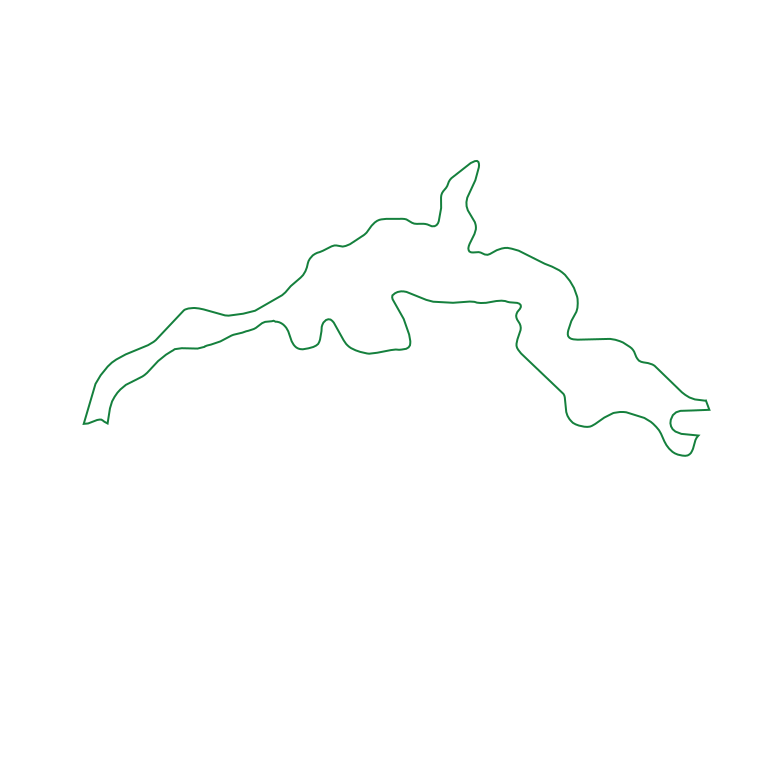 outline of Aswan, rotated 249°
{"feature_id": "EGY-1548", "entity_name": "Aswan", "entity_type": "Governorate", "adm_level": 1, "iso_a3": "EGY", "parent_name": "Egypt", "parent_adm1": "", "projection": "albers", "projection_center": [32.505, 23.633], "detail": "fine", "context": "isolated", "style": "outline", "palette": "green", "viewbox_px": 768, "rotation_deg": 249, "n_neighbors": 0, "source": "natural_earth", "source_scale": "10m", "svg_char_len": 4304}
<svg xmlns="http://www.w3.org/2000/svg" viewBox="0 0 768 768"><g transform="rotate(249 384 384)"><path d="M253.2,678.6L243.3,678.5L248.7,662.6L252.7,651.1L252.9,646.6L251.4,642.5L247.8,638.9L244.7,637.3L241.5,636.8L238.3,637.3L235.2,639.0L230.9,643.7L223.2,659.1L222.9,658.5L221.7,656.5L220.1,654.7L212.8,649.3L211.1,647.6L209.6,645.8L208.8,643.9L208.5,641.9L209.0,639.5L210.3,636.8L212.8,633.0L215.0,630.7L217.3,629.0L221.5,627.0L225.6,625.8L229.8,625.2L238.3,624.8L242.2,624.2L246.3,622.8L250.4,621.0L253.1,619.5L259.0,614.9L270.8,600.0L272.2,597.2L273.3,594.3L274.6,588.5L274.7,587.4L273.7,577.6L271.0,566.9L270.4,563.0L270.4,561.1L271.1,558.4L272.4,555.6L275.4,551.0L277.7,548.4L280.1,546.4L282.4,545.4L284.6,544.6L286.7,544.2L288.7,543.9L292.5,544.1L306.8,548.0L308.6,548.2L310.4,548.0L363.4,522.9L368.0,521.5L370.2,521.2L372.2,521.4L374.2,522.2L377.9,524.6L385.4,530.8L387.4,531.8L389.6,532.3L391.8,532.3L396.4,531.4L398.4,531.4L400.3,531.8L402.0,532.9L403.5,534.4L405.5,537.9L406.9,539.4L408.6,539.9L410.4,539.2L412.0,537.4L415.3,530.5L416.5,528.7L418.0,526.9L419.7,523.5L421.2,518.6L423.2,508.4L424.9,503.4L426.6,500.0L428.2,498.0L428.7,497.0L430.2,493.7L435.1,477.5L443.2,459.4L447.4,453.6L461.9,438.0L463.4,435.5L464.4,433.1L465.0,429.7L464.8,426.9L463.7,423.6L462.0,422.7L460.0,422.4L437.7,425.7L421.2,425.2L414.5,423.9L412.6,423.1L410.8,422.1L409.4,420.1L408.9,417.4L409.8,412.9L410.5,410.4L412.0,407.3L413.2,402.5L415.6,388.9L417.6,381.0L418.6,379.1L422.5,373.3L425.6,369.6L429.3,366.1L431.2,364.8L433.1,363.8L435.0,363.0L439.2,362.0L459.4,359.1L461.5,358.3L463.3,357.2L464.4,355.2L464.5,352.8L463.1,349.5L461.4,347.7L459.6,346.3L455.8,344.6L448.4,340.2L446.6,338.7L445.0,336.9L444.2,334.4L443.9,331.3L444.4,326.2L445.5,320.6L446.6,318.3L447.1,317.6L447.9,316.6L449.4,315.3L451.1,314.4L453.1,313.7L457.0,313.1L467.5,313.5L471.5,312.9L473.5,312.2L475.5,311.3L477.4,310.0L479.1,308.4L480.5,306.4L481.0,305.1L482.6,303.6L482.8,301.8L484.6,295.3L484.5,292.0L482.3,284.5L482.0,282.2L482.3,276.4L482.6,274.3L482.7,270.2L483.9,261.1L483.9,259.0L482.4,246.5L482.8,236.6L483.3,232.7L483.3,230.2L483.0,229.8L483.9,222.6L489.9,208.0L491.5,201.1L490.9,198.7L490.8,197.7L489.5,191.0L486.4,181.4L479.3,166.8L478.2,163.7L477.6,161.2L475.7,142.7L473.4,136.0L471.4,132.0L468.6,127.9L465.2,123.9L459.4,119.4L446.2,111.8L449.0,109.4L450.4,108.6L452.0,107.4L452.7,105.8L453.2,103.2L453.2,93.6L454.4,89.4L487.5,114.7L493.7,122.6L499.3,132.3L501.5,137.6L502.8,142.8L504.2,153.4L504.8,177.6L505.9,184.0L506.7,186.6L524.5,223.6L524.8,225.0L524.6,228.4L523.4,232.8L522.8,234.5L520.8,238.4L518.3,242.3L505.0,260.2L503.5,263.4L500.1,277.7L498.6,289.9L503.4,320.7L504.9,324.8L508.8,332.0L513.2,344.3L514.7,347.5L517.4,351.0L520.5,353.8L523.9,356.1L525.8,357.6L527.6,359.8L529.6,363.6L530.2,366.3L530.4,368.7L530.2,371.4L530.3,374.8L531.3,384.4L531.1,387.3L530.4,389.2L527.1,394.7L526.6,397.7L526.7,402.3L530.4,419.1L531.5,421.9L536.2,429.1L538.1,433.3L538.8,436.1L538.9,438.6L538.6,440.6L537.4,445.1L531.6,460.4L530.7,462.3L529.6,463.9L524.5,467.9L522.9,469.7L521.8,471.9L519.5,478.1L518.6,479.9L517.4,481.7L514.1,485.2L513.2,487.8L513.5,490.0L514.7,492.0L516.4,493.5L527.8,500.4L537.7,504.1L539.6,505.1L541.3,506.5L542.7,508.3L544.9,512.3L546.3,514.1L549.6,517.0L551.0,518.8L552.0,520.7L559.2,544.1L559.5,548.7L558.9,550.8L557.5,551.7L555.8,551.6L554.1,551.1L552.3,550.2L541.5,542.3L528.1,528.5L524.2,526.1L520.3,524.8L516.1,524.5L502.6,526.8L500.9,526.7L499.2,526.5L497.4,526.0L495.5,525.2L491.6,522.2L484.3,514.3L482.4,512.6L480.5,511.4L478.7,511.0L477.1,511.2L475.7,512.5L474.9,514.2L473.2,519.6L472.1,521.3L468.8,524.5L467.5,527.0L467.4,529.4L468.5,537.2L468.3,542.4L467.7,545.6L466.8,548.1L464.5,551.8L460.2,557.5L438.7,577.1L433.4,582.9L427.3,588.4L424.4,590.3L421.1,592.1L413.5,594.5L405.6,595.8L396.3,595.6L394.1,595.2L389.9,593.8L385.8,591.9L384.1,590.7L382.5,589.5L375.7,581.5L368.1,575.3L366.2,574.1L364.3,573.3L362.5,573.1L360.7,573.7L359.1,575.0L357.9,576.7L356.0,580.6L345.1,611.2L342.4,615.8L339.4,619.6L337.1,622.0L330.4,626.9L328.5,628.0L326.5,628.7L324.5,629.1L318.8,629.2L316.7,629.6L314.4,630.4L312.5,632.1L311.2,634.0L308.9,638.0L306.0,641.6L304.1,643.1L269.4,659.2L265.8,661.4L262.0,664.3L258.2,668.7L253.4,677.7L253.2,678.5L253.2,678.6Z" fill="none" stroke="#15803d" stroke-width="2"/></g></svg>